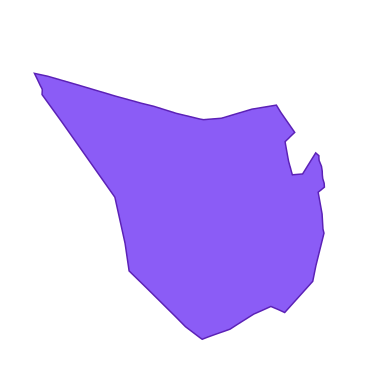 outline of Santa María Nduayaco, Oaxaca, Mexico, rotated 169°
{"feature_id": "50627088B11390795359307", "entity_name": "Santa María Nduayaco", "entity_type": "district", "adm_level": 2, "iso_a3": "MEX", "parent_name": "Mexico", "parent_adm1": "Oaxaca", "projection": "robinson", "projection_center": [-97.514, 17.403], "detail": "fine", "context": "isolated", "style": "filled", "palette": "violet", "viewbox_px": 384, "rotation_deg": 169, "n_neighbors": 0, "source": "geoboundaries", "source_scale": "gbopen_adm2", "svg_char_len": 1142}
<svg xmlns="http://www.w3.org/2000/svg" viewBox="0 0 384 384"><g transform="rotate(169 192 192)"><path d="M324.0,338.5L322.3,332.1L320.6,325.4L319.5,321.8L319.5,320.7L320.5,316.7L320.6,316.2L306.9,286.7L282.2,231.7L268.7,201.6L267.5,154.3L268.8,126.5L255.4,107.2L248.3,96.8L231.4,72.0L224.1,61.0L212.1,47.6L210.1,45.5L204.6,46.5L197.0,47.7L180.8,50.1L173.4,53.1L166.2,55.9L154.6,60.4L152.3,60.9L146.6,62.2L136.4,64.6L130.0,60.3L127.6,58.6L124.0,56.0L90.5,81.3L90.3,81.8L84.5,95.9L70.3,126.4L70.5,130.7L68.5,145.6L68.3,160.5L68.2,167.7L61.1,171.5L60.6,175.4L61.1,180.2L60.8,183.8L60.2,187.5L60.0,192.5L61.2,198.6L60.9,201.5L60.5,203.4L63.1,206.8L80.0,188.6L88.9,189.6L90.2,189.7L90.6,194.1L90.7,196.2L90.9,198.5L91.0,199.0L91.1,201.1L91.3,203.3L91.3,203.8L91.3,205.1L91.3,207.4L91.1,221.2L91.0,223.6L90.6,223.9L88.3,225.4L87.0,226.2L85.6,227.2L84.2,228.1L82.5,229.2L79.8,230.9L89.6,253.1L92.6,261.2L117.3,261.9L149.1,258.8L163.2,260.4L164.4,260.5L165.0,260.6L165.3,260.6L166.9,260.8L170.3,262.1L192.4,272.2L213.3,283.5L224.8,288.8L248.8,300.7L280.8,317.4L311.6,333.2L324.0,338.5Z" fill="#8b5cf6" stroke="#5b21b6" stroke-width="1.5"/></g></svg>